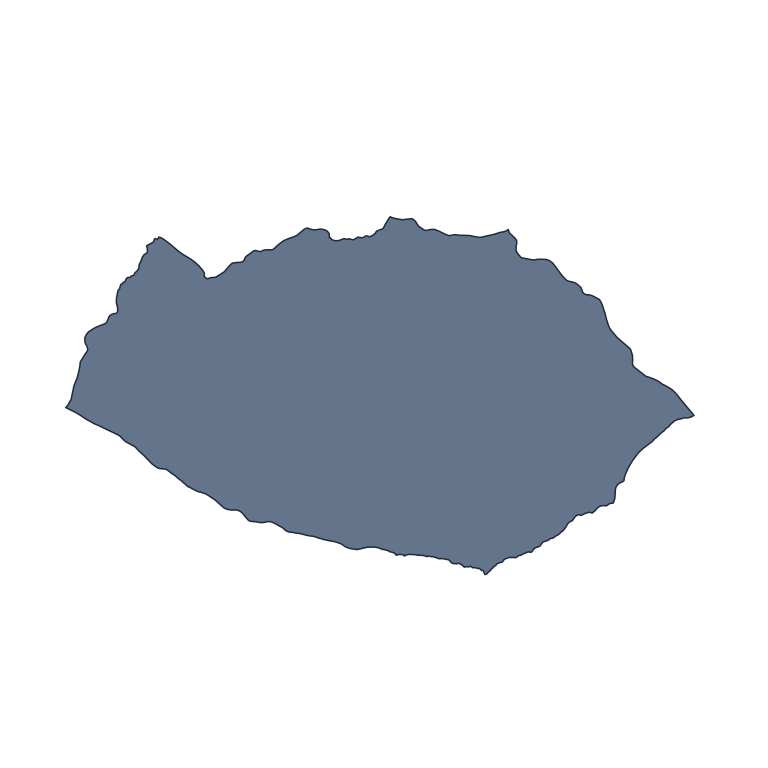 Maubara, Liquica, East Timor, rotated 214°
{"feature_id": "22284137B70669575760565", "entity_name": "Maubara", "entity_type": "district", "adm_level": 2, "iso_a3": "TLS", "parent_name": "East Timor", "parent_adm1": "Liquica", "projection": "orthographic", "projection_center": [125.161, -8.678], "detail": "fine", "context": "isolated", "style": "filled", "palette": "slate", "viewbox_px": 768, "rotation_deg": 214, "n_neighbors": 0, "source": "geoboundaries", "source_scale": "gbopen_adm2", "svg_char_len": 6147}
<svg xmlns="http://www.w3.org/2000/svg" viewBox="0 0 768 768"><g transform="rotate(214 384 384)"><path d="M367.3,581.5L368.3,579.4L369.5,577.6L372.7,574.4L376.4,569.7L385.8,559.7L388.1,558.2L396.0,555.0L404.9,549.4L408.6,547.6L410.2,546.1L412.8,543.5L416.0,542.5L423.6,541.5L428.7,540.4L432.0,538.0L434.9,534.8L436.6,534.1L443.9,534.2L448.3,536.2L450.4,536.7L452.6,536.8L453.8,536.3L460.7,530.4L467.3,527.5L470.8,526.3L472.3,526.2L472.6,524.3L472.3,517.7L471.7,512.9L472.2,511.5L475.5,506.8L475.7,505.4L475.4,504.1L476.4,501.2L477.6,498.8L478.3,498.1L480.5,497.4L481.5,496.9L482.4,495.8L482.6,494.7L483.4,493.5L484.8,492.6L487.7,491.2L489.7,486.9L490.7,486.0L494.1,484.9L495.8,483.2L498.4,482.2L501.6,477.8L504.2,475.7L506.3,474.9L507.9,474.6L510.5,475.2L511.5,475.1L513.3,477.8L514.7,478.5L516.8,479.0L518.5,478.8L521.1,478.1L523.4,476.8L525.3,475.2L526.1,474.1L529.2,472.2L531.5,471.2L533.5,470.9L535.1,470.2L536.6,468.0L539.3,458.5L541.8,454.6L543.2,453.0L546.6,447.9L547.8,445.5L549.5,440.4L550.8,434.8L551.3,433.4L552.4,432.2L554.5,431.0L558.5,427.9L559.6,425.9L560.4,424.8L561.8,424.0L564.8,423.0L566.0,422.2L567.0,420.2L568.2,416.5L569.3,414.0L569.9,411.2L569.3,409.3L569.2,408.1L569.6,406.4L571.3,404.3L573.2,403.1L577.0,399.8L577.6,398.8L578.2,395.9L578.9,389.7L579.3,387.3L582.9,379.2L583.6,377.9L585.6,376.6L587.8,374.6L588.5,373.2L589.5,372.4L592.9,372.5L593.7,373.3L594.7,375.3L597.0,376.6L603.7,378.5L608.8,379.2L614.1,379.5L622.9,379.0L625.2,379.0L630.2,379.3L638.9,380.3L647.6,380.8L651.0,380.5L652.9,379.8L652.6,378.7L653.0,377.0L654.8,376.8L655.4,375.8L654.7,373.7L654.6,372.3L657.9,366.4L657.7,365.3L655.8,363.8L655.4,363.0L654.7,362.3L653.8,360.1L655.2,357.1L655.3,354.2L654.3,350.5L653.8,346.2L652.1,343.1L651.8,341.2L652.2,338.6L652.7,336.9L652.3,334.6L652.6,333.7L653.8,332.4L654.4,330.1L655.7,329.4L656.2,328.8L656.5,326.8L655.9,323.8L656.6,323.1L657.0,322.3L657.0,321.1L657.8,319.5L657.3,317.1L656.7,315.9L656.5,314.7L656.8,313.2L656.5,311.7L655.9,310.6L654.1,306.2L651.7,302.1L647.4,298.1L645.3,295.0L645.3,293.0L647.7,290.9L648.7,289.3L649.5,287.4L649.6,285.6L649.2,284.3L648.4,280.2L648.8,278.4L654.0,270.8L655.7,267.8L658.2,261.8L658.4,258.6L658.1,256.0L657.5,254.2L656.4,253.1L655.7,251.9L654.2,250.6L651.0,248.9L649.0,247.0L648.6,246.2L648.4,244.8L648.5,240.4L648.1,232.3L647.0,230.4L644.6,225.3L641.9,217.7L640.0,209.1L634.7,196.1L634.5,191.6L634.2,189.7L634.6,186.5L623.4,188.0L616.5,188.3L611.8,188.2L601.8,189.1L598.9,189.7L575.8,193.1L574.4,193.2L567.4,191.9L565.7,191.7L555.9,192.7L552.9,192.2L549.7,191.4L542.6,190.4L534.2,188.5L531.3,188.0L526.8,187.8L524.6,187.9L522.5,188.5L518.2,190.9L517.0,191.4L515.6,191.5L509.6,191.1L506.6,191.2L500.3,190.5L498.2,190.5L489.4,189.3L487.0,189.7L482.5,190.1L479.5,190.5L477.3,191.0L474.0,192.3L469.8,193.3L459.2,193.4L447.6,191.8L446.1,191.9L444.4,192.3L441.5,193.4L439.4,194.6L435.7,197.2L434.2,197.7L432.7,197.9L430.9,198.0L429.4,197.8L420.9,195.3L419.1,195.2L418.1,195.5L412.7,198.3L408.5,200.2L406.2,202.0L403.9,204.4L402.6,205.5L400.2,206.8L394.2,207.7L391.8,207.7L388.4,208.1L386.2,208.0L383.5,207.5L380.7,208.0L379.0,208.6L377.0,209.8L374.3,210.8L370.8,212.7L362.4,215.7L356.3,218.7L351.9,219.7L349.1,220.8L346.8,221.4L340.5,224.0L338.5,225.0L334.8,226.3L330.0,227.5L325.0,227.5L322.0,228.1L320.0,228.7L313.7,231.7L306.7,239.2L301.6,242.9L299.6,244.0L297.3,245.0L292.5,246.1L291.1,247.0L289.4,247.3L287.6,248.1L285.0,248.2L284.1,248.8L280.9,249.6L279.5,249.5L279.0,249.0L278.6,248.9L278.2,249.4L277.5,249.4L277.1,249.8L276.9,250.5L274.3,252.4L271.3,253.2L270.9,252.9L270.4,254.2L267.8,256.9L262.5,260.0L261.8,260.4L260.5,260.7L259.9,261.3L258.6,261.8L258.5,262.1L254.9,264.1L252.1,264.8L251.0,265.9L248.9,267.1L247.9,267.4L246.7,268.3L240.8,269.9L240.0,270.3L238.6,271.5L235.7,272.9L234.2,273.4L233.0,274.1L231.5,274.4L229.5,273.8L227.4,273.5L226.1,273.9L225.2,274.5L223.4,275.3L222.6,276.5L220.7,277.5L218.3,277.5L215.1,277.1L212.8,279.2L211.4,279.7L210.9,280.6L210.0,281.3L209.6,281.4L207.9,281.2L205.7,282.7L203.3,283.4L202.2,284.3L200.5,284.3L199.0,284.0L198.2,284.5L197.5,284.7L196.8,284.4L194.4,282.9L193.7,282.6L193.1,283.0L192.9,283.6L192.4,284.4L192.5,285.6L191.8,287.4L191.3,291.4L190.8,292.9L190.8,294.2L189.8,296.4L190.0,297.7L188.2,300.6L186.8,301.9L186.2,303.0L186.3,305.3L185.3,307.4L183.0,310.5L181.1,311.4L180.2,312.4L177.9,313.4L177.1,314.8L176.4,316.9L174.4,319.1L174.0,320.7L172.9,321.8L171.7,324.0L171.0,324.7L170.5,325.6L168.5,326.3L167.9,326.8L167.5,328.4L167.6,330.0L167.1,332.4L166.2,333.9L165.3,334.8L164.1,336.9L163.9,341.4L163.0,343.1L160.8,345.6L159.7,348.8L158.3,350.1L157.3,351.6L156.7,353.8L155.7,355.5L154.7,358.3L154.4,360.1L153.6,362.0L153.2,366.1L153.5,371.2L153.0,373.5L151.5,375.8L151.4,380.2L150.8,382.9L150.1,383.8L149.2,384.6L147.3,385.3L146.8,385.7L144.6,389.6L142.2,392.4L139.3,393.4L138.3,396.2L137.8,400.2L137.0,402.8L136.3,403.8L134.7,405.4L133.2,406.4L131.5,407.3L130.4,410.2L129.7,411.4L129.0,412.1L127.9,412.9L127.5,413.4L127.5,414.3L128.7,418.4L130.4,421.2L130.9,422.5L132.5,424.5L132.8,425.5L133.7,427.1L133.9,427.9L134.1,430.7L133.9,431.7L133.3,433.5L131.4,436.7L131.1,437.9L131.1,438.3L132.4,440.8L133.1,443.0L134.6,451.1L135.1,459.6L134.7,468.5L133.5,474.5L129.5,486.2L129.0,489.8L128.2,491.9L126.6,499.3L125.7,501.4L125.5,504.2L124.2,507.7L123.8,511.1L122.6,515.8L120.5,519.1L117.9,521.5L116.6,523.5L116.0,524.1L114.3,524.9L111.6,527.4L110.0,530.1L109.6,531.4L128.9,536.9L133.2,538.4L137.8,539.6L142.3,540.4L148.8,540.1L153.2,539.5L158.4,539.7L162.5,539.1L167.8,537.9L171.2,536.8L186.1,537.9L188.4,538.7L189.7,540.2L191.4,543.2L194.3,546.9L198.4,550.2L200.0,550.9L216.6,552.9L225.1,555.3L228.6,556.7L231.5,558.7L235.8,562.1L239.7,565.7L247.6,571.9L251.0,573.8L253.1,574.5L259.8,573.8L261.9,573.3L264.1,572.5L266.1,571.2L267.5,570.9L269.3,570.8L271.0,571.4L273.8,573.6L274.9,574.2L279.8,574.8L281.4,574.8L284.7,574.0L287.3,572.9L289.8,572.1L291.8,572.3L297.2,573.5L311.6,578.6L315.8,578.8L319.4,577.9L325.8,573.8L329.4,570.4L340.2,565.7L341.4,565.6L347.4,567.3L349.7,569.2L351.2,571.6L352.8,575.2L354.4,577.2L357.3,578.3L364.4,579.3L367.3,581.5Z" fill="#64748b" stroke="#1e293b" stroke-width="1.5"/></g></svg>